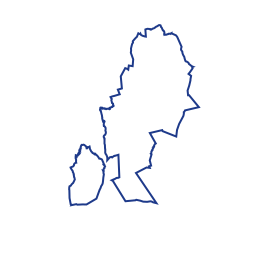 the district of Morelos, México, Mexico, rotated 63°
{"feature_id": "50627088B14737747696795", "entity_name": "Morelos", "entity_type": "district", "adm_level": 2, "iso_a3": "MEX", "parent_name": "Mexico", "parent_adm1": "México", "projection": "mercator", "projection_center": [-99.637, 19.725], "detail": "fine", "context": "isolated", "style": "outline", "palette": "blue", "viewbox_px": 256, "rotation_deg": 63, "n_neighbors": 0, "source": "geoboundaries", "source_scale": "gbopen_adm2", "svg_char_len": 5665}
<svg xmlns="http://www.w3.org/2000/svg" viewBox="0 0 256 256"><g transform="rotate(63 128 128)"><path d="M78.7,111.0L90.0,115.5L89.2,119.6L94.2,120.1L93.2,125.6L92.7,127.7L92.5,129.5L93.3,129.5L94.8,129.3L95.6,130.2L97.1,130.5L98.5,130.9L99.2,130.4L99.5,130.3L100.0,130.5L100.4,130.7L100.8,130.8L101.2,130.7L101.4,131.3L101.8,131.3L101.6,132.0L101.8,132.5L102.1,132.6L101.9,133.3L102.0,133.6L101.8,134.1L101.7,135.1L101.8,135.5L102.0,135.5L102.1,135.2L102.3,135.1L102.6,135.4L102.9,135.6L102.8,136.1L102.6,136.2L102.4,136.0L102.2,136.1L102.2,136.5L101.8,136.8L101.6,137.5L101.4,137.8L101.3,138.7L101.0,138.7L100.6,139.1L100.6,139.7L100.0,139.9L100.0,140.2L99.6,140.4L99.3,140.9L99.4,141.5L98.9,141.6L99.1,141.9L99.0,142.1L98.1,142.2L97.7,142.5L97.4,143.0L97.4,143.4L98.0,143.7L98.2,144.0L99.2,144.2L99.1,144.6L99.4,144.7L99.5,144.3L102.2,144.9L103.4,145.2L105.0,145.5L105.6,145.8L106.8,146.1L107.0,146.2L107.2,146.4L107.4,146.4L107.9,146.7L111.0,147.3L111.2,146.3L110.6,146.2L110.8,146.0L111.1,145.9L111.5,145.9L111.8,146.1L112.1,146.9L114.2,148.2L115.3,148.6L115.6,148.2L116.1,148.1L117.3,147.9L117.9,148.0L119.1,148.6L119.6,149.0L120.2,149.4L120.7,149.4L121.3,149.5L122.4,150.0L123.6,151.3L123.8,152.5L124.0,152.9L124.3,153.3L124.9,153.7L125.5,153.7L125.8,153.6L126.3,153.8L126.8,154.0L127.1,153.8L127.5,154.1L131.2,156.0L132.7,156.3L135.7,157.7L136.6,157.9L137.0,158.2L137.8,158.5L139.4,159.4L140.7,159.7L141.7,159.5L142.4,159.5L143.1,159.6L143.8,159.5L145.7,160.2L147.3,161.1L146.1,158.1L145.9,157.7L145.9,157.3L146.2,156.1L146.3,155.8L147.0,155.5L146.6,153.4L146.6,153.2L146.7,152.6L146.8,152.6L147.4,149.3L147.5,148.7L168.0,158.1L167.9,159.5L167.6,160.2L167.4,160.5L167.3,161.1L167.4,162.1L167.4,162.9L167.5,163.2L167.5,163.5L167.3,163.8L167.2,166.2L168.2,165.5L192.1,163.5L195.8,154.1L195.7,153.3L198.2,150.2L200.5,147.9L202.0,145.3L202.6,144.1L203.3,141.9L203.7,140.9L204.8,139.9L205.6,139.4L207.9,136.8L171.7,141.3L171.6,129.4L173.4,126.7L171.7,126.6L172.0,124.5L166.7,123.3L162.3,119.1L162.0,119.2L161.9,119.1L161.3,119.3L161.2,118.8L161.0,118.6L159.9,118.1L158.8,116.8L158.9,116.7L158.6,116.4L158.7,116.1L158.0,115.6L157.5,114.9L157.1,114.9L157.0,114.0L156.2,113.8L156.2,113.1L155.8,113.0L155.0,112.1L154.4,111.0L154.4,110.3L142.4,110.8L145.4,98.5L146.5,98.6L157.5,88.9L152.0,85.2L147.6,80.6L142.4,73.2L141.6,72.5L140.4,71.6L139.2,71.1L139.0,70.2L138.9,70.1L138.2,69.2L141.6,55.4L126.5,58.7L126.1,59.6L121.7,57.9L118.0,54.2L114.0,50.8L112.8,50.1L110.2,48.1L107.3,49.5L106.4,47.5L104.2,43.4L102.8,43.2L102.9,42.3L102.2,42.9L100.7,43.7L99.9,44.0L98.7,44.6L97.6,44.5L96.9,44.7L95.4,45.6L94.8,46.3L94.1,46.4L91.3,45.9L90.4,45.6L87.6,45.7L86.2,45.5L85.2,45.2L84.5,44.9L83.2,45.2L82.5,45.2L81.9,45.0L81.5,44.7L80.9,44.3L80.0,43.4L69.4,42.8L68.1,43.0L67.2,43.2L63.5,46.2L63.5,46.4L63.2,46.2L63.2,47.2L63.1,47.5L62.8,48.4L62.6,48.7L62.7,48.8L62.7,49.2L62.4,49.8L62.4,50.6L62.3,51.2L62.2,51.3L62.0,51.7L62.1,52.0L61.4,53.0L61.4,53.3L60.8,53.2L60.0,52.6L59.2,52.1L58.4,52.0L57.8,52.0L57.5,52.1L57.6,52.3L56.8,52.6L56.3,52.6L53.8,52.4L53.1,52.7L51.4,52.4L51.0,52.7L50.4,53.6L50.6,56.4L50.5,56.9L50.7,58.2L50.9,58.7L50.9,59.0L50.9,60.0L50.7,60.6L50.7,61.1L50.8,62.1L50.8,62.3L50.7,62.5L50.8,62.8L50.7,63.0L50.5,62.9L50.4,63.0L50.3,62.9L50.1,63.0L49.8,63.8L49.4,64.1L49.3,64.3L48.5,65.5L48.2,66.8L48.1,67.8L54.7,70.6L54.2,71.3L52.5,73.1L51.5,73.8L50.8,74.2L49.7,74.1L49.9,74.4L49.9,74.6L49.1,75.3L48.3,75.8L50.8,78.7L51.1,79.9L51.7,81.5L52.8,84.2L53.0,84.4L54.2,84.8L54.8,85.9L55.9,87.0L58.6,89.3L60.3,90.0L62.2,91.3L69.2,92.2L75.0,95.8L72.7,98.9L76.1,101.3L74.8,102.0L73.4,103.3L78.7,111.0ZM177.3,199.7L176.6,188.2L170.8,182.0L170.5,181.6L170.3,181.5L169.2,179.9L168.5,179.2L167.5,178.1L166.9,177.0L166.4,176.3L165.6,175.5L163.7,174.2L161.0,172.5L158.4,170.6L157.3,170.3L156.9,170.3L156.0,169.7L154.7,169.6L154.8,169.5L155.0,169.4L155.0,169.1L154.9,169.1L154.7,169.1L154.4,169.1L153.9,168.6L153.6,168.4L153.5,168.2L153.2,167.9L153.2,167.7L153.0,167.3L152.8,167.4L152.6,167.1L152.7,166.9L152.3,166.6L152.2,166.5L151.6,166.1L151.6,165.9L151.1,165.9L150.8,166.0L150.6,165.9L150.2,165.8L149.8,166.3L149.5,166.2L149.3,166.3L149.2,166.0L148.9,165.8L148.3,165.9L147.6,165.7L147.3,165.7L147.2,165.6L146.8,165.7L146.0,165.6L145.4,165.6L144.7,165.5L144.1,165.6L143.2,166.3L142.6,166.8L142.3,167.5L140.0,167.7L138.2,168.1L137.8,168.4L136.8,168.7L136.7,169.3L136.5,169.6L136.2,169.8L135.5,170.0L135.4,169.7L135.1,170.1L134.3,170.9L133.9,171.0L133.5,170.9L132.3,171.4L129.8,171.4L128.5,171.3L128.0,170.9L127.1,170.7L127.2,171.5L127.4,171.7L127.2,172.1L126.9,172.2L126.6,172.7L126.6,173.0L127.5,173.7L127.3,174.1L126.7,173.9L125.8,173.8L125.1,173.8L123.2,174.7L122.6,175.3L122.3,176.9L122.1,177.0L122.3,177.6L123.7,179.0L124.2,179.3L124.3,179.4L124.5,179.3L124.6,179.6L125.3,180.0L125.0,180.4L125.1,180.7L125.4,180.7L125.7,180.4L125.9,180.5L125.9,181.3L127.0,181.4L126.7,181.9L128.0,182.3L127.8,182.5L127.6,182.5L127.6,182.9L128.5,183.0L128.4,183.3L128.5,183.7L129.2,183.7L129.4,184.2L129.5,185.2L129.4,185.2L129.7,185.5L129.3,185.9L129.5,186.2L129.2,186.4L129.6,186.6L129.3,186.8L130.1,187.0L129.5,187.5L130.1,187.9L131.2,188.3L131.5,188.5L131.9,188.4L132.8,188.7L134.8,189.8L135.4,189.9L135.2,190.6L135.4,191.8L135.9,192.6L136.8,193.2L137.3,194.2L137.1,197.1L137.8,197.2L139.9,197.0L141.5,196.8L142.3,197.2L143.4,197.1L144.7,197.3L144.9,197.6L146.6,198.0L147.0,198.3L148.1,198.3L149.4,198.7L149.6,198.7L150.3,199.5L152.1,201.9L152.1,202.2L152.7,204.0L153.4,205.1L153.4,206.6L154.4,207.4L156.2,208.4L156.6,208.4L163.9,211.9L170.0,213.7L170.6,213.1L170.9,213.0L171.1,213.3L172.4,208.6L173.3,208.0L175.5,203.1L177.3,199.7Z" fill="none" stroke="#1e3a8a" stroke-width="2"/></g></svg>